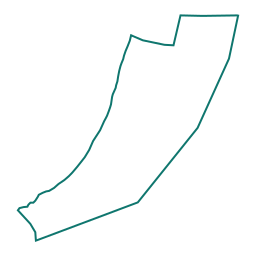 the district of Baron'S Drive/Coin De L'Anse, Soufrière, Saint Lucia
{"feature_id": "8701671B23391099181160", "entity_name": "Baron'S Drive/Coin De L'Anse", "entity_type": "district", "adm_level": 2, "iso_a3": "LCA", "parent_name": "Saint Lucia", "parent_adm1": "Soufrière", "projection": "orthographic", "projection_center": [-61.06, 13.851], "detail": "fine", "context": "isolated", "style": "outline", "palette": "teal", "viewbox_px": 256, "rotation_deg": 0, "n_neighbors": 0, "source": "geoboundaries", "source_scale": "gbopen_adm2", "svg_char_len": 807}
<svg xmlns="http://www.w3.org/2000/svg" viewBox="0 0 256 256"><path d="M131.1,35.3L129.8,40.7L127.6,46.3L125.6,51.0L124.0,55.7L123.2,59.1L121.5,63.2L120.5,66.0L119.2,71.0L118.1,76.7L117.4,81.4L116.1,85.4L115.7,87.8L114.1,91.4L112.8,94.3L112.1,96.9L111.0,104.4L110.1,107.4L108.8,111.1L107.1,115.6L106.0,117.8L104.1,121.3L100.1,130.2L93.1,141.0L89.2,149.9L84.7,157.3L77.3,166.7L72.3,172.6L68.9,176.1L64.4,180.0L58.5,184.0L54.1,187.9L49.1,190.9L46.2,191.4L42.7,192.8L38.8,194.8L37.8,196.8L35.3,200.7L33.3,202.7L30.4,202.7L28.4,204.7L27.4,206.7L23.5,207.1L19.5,208.1L17.9,210.3L30.3,223.8L35.3,232.2L35.7,238.0L35.9,240.6L36.8,240.3L137.8,202.4L197.6,127.9L229.0,58.6L238.1,15.6L237.1,15.4L202.6,15.9L180.5,15.4L173.5,45.3L164.4,44.8L142.8,40.3L131.1,35.3Z" fill="none" stroke="#0f766e" stroke-width="2"/></svg>